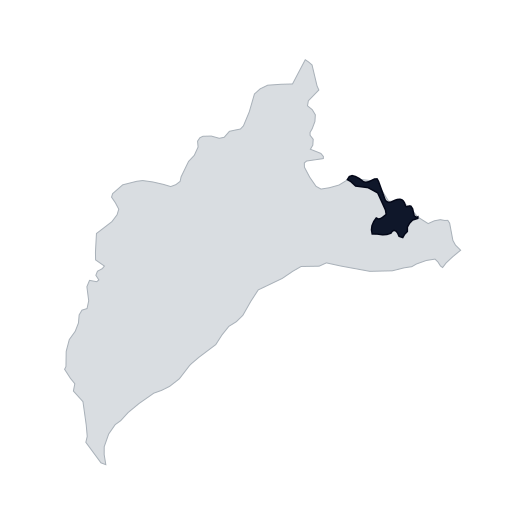 Moldova, with Taraclia highlighted, rotated 263°
{"feature_id": "MDA-1625", "entity_name": "Taraclia", "entity_type": "District", "adm_level": 1, "iso_a3": "MDA", "parent_name": "Moldova", "parent_adm1": "", "projection": "robinson", "projection_center": [28.676, 45.978], "detail": "fine", "context": "in_parent", "style": "filled", "palette": "ink", "viewbox_px": 512, "rotation_deg": 263, "n_neighbors": 0, "source": "natural_earth", "source_scale": "10m", "svg_char_len": 2724}
<svg xmlns="http://www.w3.org/2000/svg" viewBox="0 0 512 512"><g transform="rotate(263 256 256)"><path d="M67.2,81.5L69.6,76.9L91.8,64.4L97.5,66.5L109.0,66.9L132.5,66.5L144.2,58.3L151.3,60.6L157.2,56.9L166.9,52.2L168.3,53.2L169.5,53.9L184.5,56.0L195.8,60.5L203.3,67.4L211.1,71.6L219.1,73.3L223.5,76.7L224.4,81.9L231.9,84.5L246.1,84.4L252.1,87.8L249.9,94.8L251.4,97.1L256.4,94.7L260.2,96.8L262.2,101.9L264.5,104.3L271.7,96.3L279.3,97.1L297.8,100.4L307.6,117.1L313.8,123.1L319.2,125.5L326.0,122.9L332.0,119.8L335.4,121.3L342.9,132.4L344.7,146.8L344.7,152.7L342.1,162.5L338.3,173.0L335.3,179.8L336.6,185.2L339.3,189.8L343.7,191.3L358.1,200.6L363.4,207.0L371.2,211.8L377.1,212.0L380.2,214.7L381.3,217.9L380.5,226.2L377.3,233.9L377.7,238.9L383.0,244.8L383.6,251.6L383.9,256.0L386.7,259.4L399.9,266.9L417.0,274.2L421.4,280.5L424.1,288.4L423.4,301.7L422.3,313.2L444.8,328.8L442.3,331.7L438.8,334.9L417.4,337.3L413.1,338.6L403.7,326.9L398.8,325.4L394.3,329.7L388.9,332.1L382.4,330.9L375.5,327.3L372.0,324.7L369.2,324.4L364.9,327.0L359.1,325.9L355.3,323.0L349.9,332.9L346.6,335.0L344.5,334.7L344.1,317.8L342.5,315.3L338.2,314.9L327.7,318.9L317.8,324.1L314.5,328.7L314.8,337.0L316.3,347.0L323.1,362.0L319.4,368.6L316.8,379.1L306.1,388.7L294.1,394.3L293.1,405.7L286.4,413.6L274.9,421.4L267.2,430.8L269.2,437.3L269.6,443.4L268.3,447.5L268.0,450.7L265.0,452.2L247.5,453.3L242.5,455.3L236.8,459.8L231.4,451.3L225.9,443.8L221.8,439.8L223.6,437.9L228.0,435.8L231.1,433.3L230.8,424.4L228.5,414.2L226.4,409.3L226.2,401.5L224.7,389.5L226.9,367.1L235.7,339.0L240.6,325.0L238.2,317.4L240.1,299.5L236.4,290.7L230.5,279.2L222.1,254.1L211.6,245.3L198.7,235.7L193.2,228.5L189.5,220.5L181.8,212.6L173.0,205.3L162.5,187.1L157.1,178.9L155.4,176.7L143.5,165.0L137.2,154.5L134.1,145.8L132.3,137.8L123.9,122.0L116.3,110.1L109.1,101.7L105.8,95.7L97.3,88.1L85.2,82.1L77.4,81.1L67.2,81.5Z" fill="#d9dde1" stroke="#a8b0b8" stroke-width="1"/><path d="M320.7,356.0L323.5,358.3L324.1,361.2L322.8,364.4L320.3,368.0L316.6,371.7L315.8,373.8L316.0,377.1L318.0,383.0L317.8,385.6L315.1,386.7L296.1,391.0L294.3,392.1L293.1,394.1L293.0,396.3L294.5,401.0L294.9,403.2L294.8,405.9L294.0,407.7L292.7,408.9L290.6,409.9L287.4,410.5L286.6,411.1L286.6,411.9L286.8,413.1L287.0,414.5L286.6,415.8L283.8,417.2L276.5,417.9L274.7,420.4L275.1,421.4L273.6,421.2L272.6,415.8L269.8,412.4L266.3,409.8L261.9,409.2L259.4,406.1L256.4,403.9L258.1,400.4L261.4,399.4L263.5,398.2L264.7,396.1L263.8,394.1L262.2,392.7L261.4,388.6L261.6,384.3L263.0,379.0L263.7,374.0L267.9,373.8L271.9,374.8L275.9,377.1L279.1,380.0L277.7,382.2L278.0,384.2L278.7,385.9L281.4,390.3L285.9,390.1L303.8,384.5L310.2,375.5L313.3,363.4L318.4,359.1L320.7,356.0Z" fill="#0f172a" stroke="#020617" stroke-width="1.5"/></g></svg>